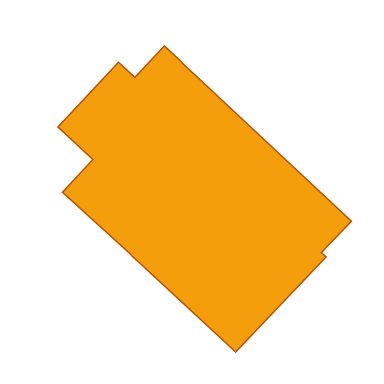 Coshocton, Ohio, United States of America (Robinson projection), rotated 221°
{"feature_id": "52423323B75653296475511", "entity_name": "Coshocton", "entity_type": "district", "adm_level": 2, "iso_a3": "USA", "parent_name": "United States of America", "parent_adm1": "Ohio", "projection": "robinson", "projection_center": [-81.897, 40.304], "detail": "fine", "context": "isolated", "style": "filled", "palette": "amber", "viewbox_px": 384, "rotation_deg": 221, "n_neighbors": 0, "source": "geoboundaries", "source_scale": "gbopen_adm2", "svg_char_len": 355}
<svg xmlns="http://www.w3.org/2000/svg" viewBox="0 0 384 384"><g transform="rotate(221 192 192)"><path d="M54.0,99.9L54.0,102.1L48.2,231.0L54.7,231.2L52.5,274.5L283.4,282.9L286.2,283.4L308.7,284.1L310.3,241.0L332.6,241.7L335.8,153.1L288.1,151.5L289.6,106.8L198.8,104.8L195.8,104.4L54.0,99.9Z" fill="#f59e0b" stroke="#b45309" stroke-width="1.5"/></g></svg>